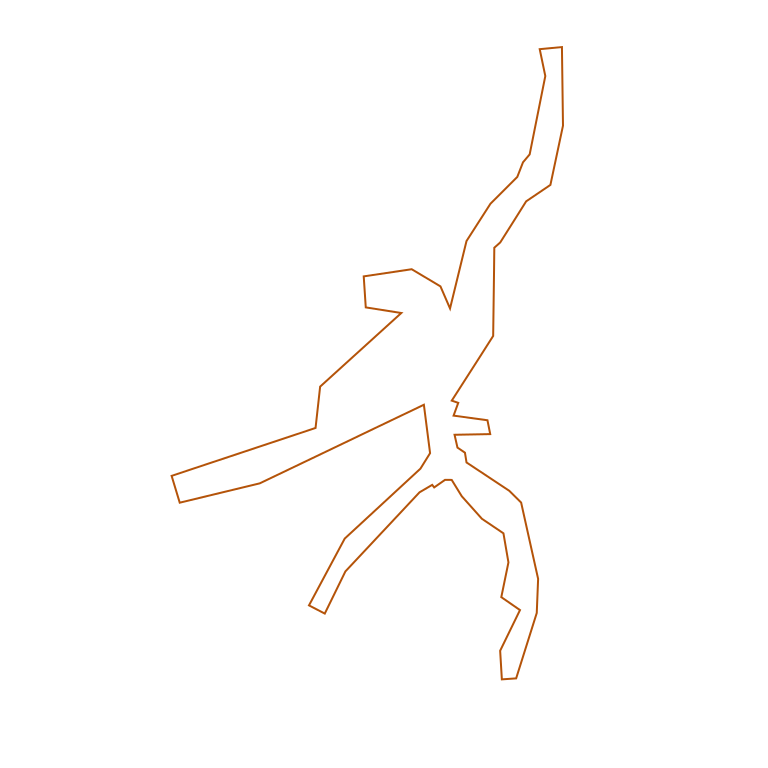 outline of Vlahita, Harghita, Romania, rotated 172°
{"feature_id": "2599482B45078767996614", "entity_name": "Vlahita", "entity_type": "district", "adm_level": 2, "iso_a3": "ROU", "parent_name": "Romania", "parent_adm1": "Harghita", "projection": "equal_earth", "projection_center": [25.468, 46.349], "detail": "fine", "context": "isolated", "style": "outline", "palette": "amber", "viewbox_px": 768, "rotation_deg": 172, "n_neighbors": 0, "source": "geoboundaries", "source_scale": "gbopen_adm2", "svg_char_len": 968}
<svg xmlns="http://www.w3.org/2000/svg" viewBox="0 0 768 768"><g transform="rotate(172 384 384)"><path d="M330.3,279.6L322.6,262.0L305.8,236.9L286.5,219.5L285.6,190.0L297.5,156.6L280.8,141.2L306.1,103.7L308.4,75.1L294.1,74.1L264.6,136.0L258.5,169.6L264.0,238.6L264.7,247.5L274.8,260.8L313.2,294.8L313.3,299.7L313.4,304.7L320.1,310.8L321.2,323.9L285.8,319.6L286.6,333.7L319.5,343.0L313.1,355.0L319.2,358.1L285.6,397.2L269.2,416.4L259.1,481.9L255.8,503.6L249.2,508.0L233.5,526.5L217.8,545.1L191.5,558.0L170.8,614.9L160.9,692.9L183.2,693.9L181.4,666.5L207.8,591.1L215.5,584.2L223.2,570.5L253.5,547.7L282.4,514.1L308.1,449.6L314.5,472.8L340.6,493.8L389.1,493.4L391.4,462.4L357.0,451.9L447.6,390.3L457.9,350.0L607.1,322.6L602.8,294.9L520.9,302.9L434.1,330.4L399.2,341.5L347.4,357.9L348.0,309.1L359.7,295.1L444.4,236.4L489.1,175.2L474.6,164.9L448.3,203.8L363.9,271.8L350.3,277.4L348.7,274.6L336.9,280.6L330.3,279.6Z" fill="none" stroke="#b45309" stroke-width="2"/></g></svg>